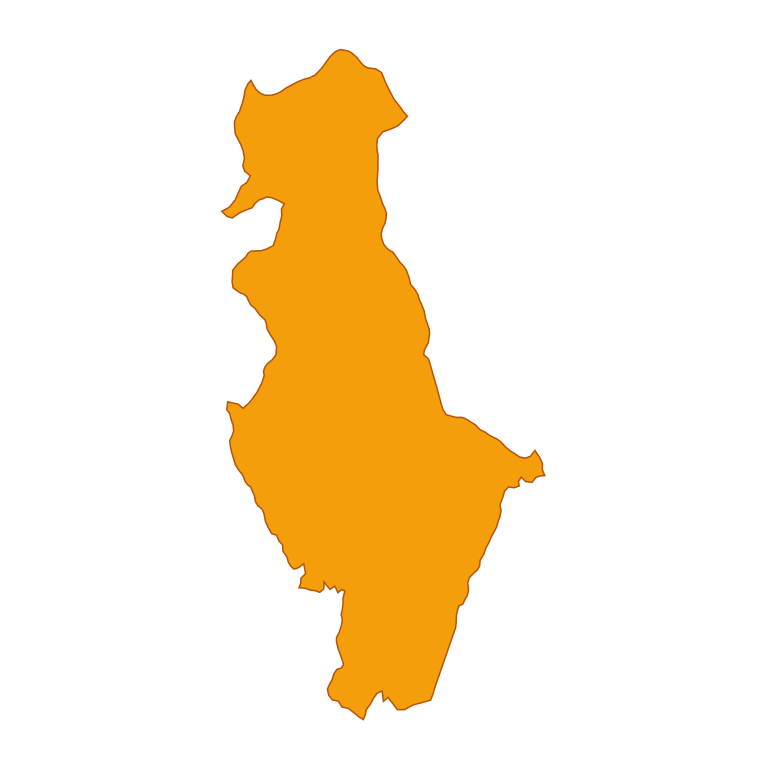 outline of Dois Córregos, São Paulo, Brazil, rotated 179°
{"feature_id": "56859067B70309035872749", "entity_name": "Dois Córregos", "entity_type": "district", "adm_level": 2, "iso_a3": "BRA", "parent_name": "Brazil", "parent_adm1": "São Paulo", "projection": "natural_earth1", "projection_center": [-48.333, -22.403], "detail": "fine", "context": "isolated", "style": "filled", "palette": "amber", "viewbox_px": 768, "rotation_deg": 179, "n_neighbors": 0, "source": "geoboundaries", "source_scale": "gbopen_adm2", "svg_char_len": 3958}
<svg xmlns="http://www.w3.org/2000/svg" viewBox="0 0 768 768"><g transform="rotate(179 384 384)"><path d="M511.8,689.9L515.0,686.2L517.7,680.5L518.9,674.2L520.5,668.0L523.9,658.5L526.7,654.3L528.9,648.9L528.9,643.6L528.3,636.6L525.7,631.4L522.8,625.5L520.8,619.5L519.6,612.3L521.3,604.4L519.4,599.0L514.0,594.5L517.5,588.0L523.2,584.1L526.7,577.0L529.4,570.9L535.4,563.6L539.5,561.3L543.2,559.5L537.8,554.1L532.7,552.7L525.7,557.5L519.6,560.1L512.8,562.5L510.0,566.6L506.2,570.0L501.5,571.4L498.0,573.1L493.2,572.3L486.9,569.6L480.5,565.8L483.5,560.8L483.2,554.2L484.9,547.8L486.3,540.5L488.5,536.7L489.7,531.5L492.4,524.2L498.9,521.1L504.3,519.4L509.0,519.4L514.4,519.2L517.6,517.3L520.2,513.2L523.5,510.5L528.3,506.4L533.3,500.3L533.6,494.4L534.1,488.9L533.2,482.8L526.7,477.9L522.9,476.4L519.8,473.8L518.0,469.6L515.8,465.3L511.8,462.0L509.4,458.5L507.1,455.2L501.9,450.3L500.5,445.7L499.8,440.7L496.6,434.8L493.0,429.2L490.7,423.3L491.6,414.9L495.6,409.9L500.0,406.6L502.7,403.0L504.3,398.8L503.6,394.4L506.5,386.4L511.1,378.1L515.4,372.1L519.2,367.6L525.3,362.1L530.1,366.4L540.6,368.9L541.6,360.9L538.8,357.2L537.2,350.1L535.6,345.6L535.2,339.4L536.9,334.8L539.2,330.2L538.8,325.3L537.6,318.7L535.6,311.6L533.9,305.7L530.5,300.0L526.9,295.6L524.7,289.3L522.3,285.8L519.2,283.5L517.4,279.2L515.5,274.5L514.5,268.4L512.1,264.3L508.1,261.1L506.3,256.6L504.9,248.6L502.3,242.6L499.0,236.5L493.9,234.6L491.7,228.7L488.3,225.1L487.9,218.6L484.1,212.9L482.6,207.2L480.3,203.4L477.2,200.4L472.8,201.8L467.4,205.6L465.7,195.8L470.5,191.2L470.6,186.6L472.5,181.7L466.5,181.2L461.5,179.3L455.8,178.4L452.0,176.8L447.9,180.0L447.3,187.2L444.9,183.6L441.5,179.6L436.7,182.7L433.6,176.1L430.1,179.3L426.7,177.7L428.7,170.9L428.8,164.7L429.6,159.3L430.8,154.3L429.8,148.9L430.8,143.4L433.1,136.6L435.9,131.4L436.0,126.9L434.6,120.5L432.5,114.4L430.8,109.6L429.4,104.0L431.8,100.7L436.0,99.5L439.1,95.3L441.1,89.1L443.7,84.7L445.9,79.9L444.7,73.7L441.1,69.0L435.2,67.7L431.6,61.7L425.3,60.3L419.3,55.4L414.9,51.6L410.6,48.8L408.4,53.8L407.4,58.7L403.2,64.1L400.1,69.8L396.3,74.9L391.2,77.1L390.1,66.7L385.4,70.5L381.0,64.6L376.3,58.2L369.1,58.0L360.4,62.7L353.1,64.4L342.9,67.1L340.8,72.2L338.0,80.9L316.6,139.3L316.0,144.1L315.6,151.7L314.3,157.1L312.8,161.0L309.1,162.5L306.7,167.3L304.5,170.9L303.1,176.2L303.7,183.9L302.1,188.8L297.4,193.5L294.0,196.4L291.6,200.2L290.9,206.2L287.1,212.2L284.9,218.5L282.5,222.5L279.9,228.2L277.0,233.5L274.0,238.8L272.3,244.3L270.5,249.0L269.1,255.4L270.3,260.8L268.5,265.3L266.9,269.6L265.3,274.7L261.4,278.9L255.7,278.0L250.6,279.7L251.3,284.2L248.4,288.4L244.1,284.0L237.6,283.1L233.7,288.0L229.4,289.4L224.8,289.6L227.1,295.3L227.0,301.9L229.6,307.6L234.2,314.9L238.8,309.2L244.2,307.3L250.0,308.8L254.0,311.8L258.4,314.4L263.5,318.9L268.5,324.4L272.3,327.2L276.2,329.1L279.6,331.0L283.8,334.2L288.7,336.6L293.4,341.6L300.0,345.8L303.4,348.0L307.1,349.3L312.7,349.4L322.4,352.2L325.6,357.6L327.6,364.8L330.0,374.5L331.1,379.2L338.9,408.0L343.8,412.7L343.0,417.4L339.0,424.5L337.5,433.9L337.9,438.2L341.4,449.0L342.6,456.4L345.3,463.7L347.2,467.5L348.4,472.4L351.3,477.8L355.7,483.1L357.1,490.0L359.5,497.0L362.0,501.2L366.0,505.5L370.1,511.7L373.1,515.9L377.7,518.5L381.8,523.6L383.7,529.3L384.3,533.8L382.8,539.6L380.5,544.0L379.1,549.1L378.6,554.8L380.5,560.5L382.4,564.6L384.3,570.9L386.8,577.7L387.4,586.5L386.7,594.0L386.2,601.1L386.2,606.5L386.0,613.2L386.8,617.5L387.0,622.8L386.2,629.5L381.0,636.1L375.3,638.0L369.6,640.1L365.4,642.1L360.1,647.0L355.9,651.2L359.9,656.0L362.9,660.5L369.0,668.5L375.2,681.0L377.5,686.2L381.0,695.4L386.7,699.2L394.4,700.3L397.9,702.0L400.9,705.0L405.2,710.7L410.6,715.7L414.0,717.6L421.9,719.2L426.8,717.2L432.4,712.1L435.8,707.4L438.5,703.8L441.3,700.3L444.0,697.5L447.6,694.0L453.1,691.4L458.3,690.2L465.5,687.5L477.1,681.5L481.5,678.4L486.2,676.0L492.0,674.6L498.0,674.8L502.5,676.8L506.5,680.4L509.2,684.8L511.8,689.9Z" fill="#f59e0b" stroke="#b45309" stroke-width="1.5"/></g></svg>